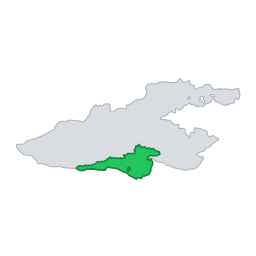 Chuy highlighted on a map of Kyrgyzstan, rotated 182°
{"feature_id": "KGZ-1116", "entity_name": "Chuy", "entity_type": "Region", "adm_level": 1, "iso_a3": "KGZ", "parent_name": "Kyrgyzstan", "parent_adm1": "", "projection": "natural_earth1", "projection_center": [74.767, 42.563], "detail": "fine", "context": "in_parent", "style": "filled", "palette": "green", "viewbox_px": 256, "rotation_deg": 182, "n_neighbors": 0, "source": "natural_earth", "source_scale": "10m", "svg_char_len": 8426}
<svg xmlns="http://www.w3.org/2000/svg" viewBox="0 0 256 256"><g transform="rotate(182 128 128)"><path d="M52.2,153.1L52.9,152.7L55.0,152.3L59.3,151.9L60.7,152.2L63.6,153.8L65.8,153.6L66.2,153.9L67.0,155.3L70.2,153.2L72.4,152.6L73.6,150.5L76.0,148.0L78.0,147.6L78.1,148.0L78.5,148.4L80.5,149.0L81.2,148.3L81.5,147.4L80.8,146.0L80.8,145.4L81.5,144.5L84.8,145.8L85.5,145.8L87.1,145.1L88.5,143.7L89.0,142.7L95.8,139.2L96.3,138.6L96.2,138.2L93.4,137.4L92.1,137.8L90.9,137.8L90.2,137.3L86.7,137.1L85.9,136.8L83.7,134.3L80.8,132.7L79.4,132.8L77.8,133.5L77.2,133.2L77.1,130.8L76.8,129.4L75.8,129.1L74.6,129.7L71.1,128.9L70.7,126.0L69.4,123.4L67.6,122.3L67.5,120.8L66.9,120.1L66.3,120.3L65.6,121.1L65.9,122.8L65.7,124.5L65.2,125.4L64.4,126.0L63.5,126.0L61.9,125.2L61.6,130.4L61.3,130.7L59.4,130.0L57.9,130.3L55.6,130.0L53.9,129.1L50.6,128.1L49.1,127.2L48.1,123.7L47.2,122.5L46.4,122.2L42.9,123.4L39.3,121.3L37.5,120.8L37.0,120.2L37.1,119.4L42.7,115.5L44.9,112.8L46.2,111.7L49.7,110.5L50.5,108.1L50.8,107.8L54.4,106.6L58.3,104.5L58.4,103.9L58.0,103.4L54.5,101.4L52.7,102.3L51.7,101.2L51.7,100.0L52.9,98.0L53.9,97.0L54.3,95.1L55.8,93.8L57.3,91.7L59.1,90.1L62.4,88.8L64.2,89.2L66.0,88.9L68.6,87.9L70.3,87.9L77.2,89.4L79.4,89.5L84.8,91.5L88.9,92.5L91.0,94.4L97.7,95.3L99.5,95.9L100.2,96.8L102.1,98.0L103.7,98.3L102.3,93.6L102.9,90.8L105.0,83.3L106.1,82.2L111.6,80.0L112.9,78.5L116.8,78.5L117.6,78.2L118.1,77.3L130.2,83.9L134.8,85.8L141.1,87.5L146.5,88.0L147.4,87.6L149.6,85.1L150.6,84.9L163.9,85.4L173.5,84.0L174.8,84.1L178.4,85.6L189.7,86.0L194.1,87.0L201.2,86.6L204.1,86.8L209.5,88.6L211.4,89.0L214.9,89.3L216.2,89.0L217.0,89.4L217.8,91.8L221.1,94.8L222.3,96.4L223.6,97.0L229.9,97.5L232.2,98.2L238.1,103.8L238.9,107.1L238.3,107.8L232.2,108.2L230.8,108.7L229.4,111.1L221.2,114.1L220.0,114.0L209.0,119.7L201.4,124.4L201.1,126.7L196.7,131.9L193.4,132.5L190.5,132.4L185.8,134.0L179.8,133.5L177.8,133.5L173.8,132.8L172.3,133.2L170.6,134.3L168.3,138.4L167.3,139.4L166.9,140.3L166.6,142.4L165.7,144.5L163.7,147.7L162.1,149.3L160.5,150.2L159.3,148.2L157.2,149.6L155.3,149.3L154.1,149.7L151.5,151.4L147.5,151.4L147.1,150.8L146.3,146.0L145.6,143.8L145.1,143.3L144.4,143.2L138.7,147.0L136.1,147.6L134.0,147.7L131.2,146.6L130.5,146.9L130.1,147.5L129.9,148.3L130.7,150.4L130.4,150.8L129.2,150.8L127.4,151.3L122.0,155.6L118.6,156.8L115.4,157.2L113.5,158.0L112.4,159.7L110.3,164.2L110.4,165.1L111.3,166.4L111.9,169.1L111.7,169.8L110.0,172.1L107.9,172.7L106.2,173.1L102.9,172.8L101.2,173.2L98.1,175.0L95.6,175.3L90.8,175.3L86.0,174.7L84.5,174.9L80.3,175.9L78.9,177.5L78.1,179.0L77.7,179.2L76.0,177.9L73.9,175.5L72.9,175.6L69.1,177.5L68.6,177.4L67.5,176.7L67.7,173.7L66.5,173.1L63.9,173.0L63.0,172.3L63.3,170.4L63.1,169.7L62.4,169.2L61.1,169.3L58.4,170.9L55.2,171.4L54.2,172.0L52.9,174.0L48.7,174.5L47.4,174.0L44.9,170.2L42.8,169.6L40.5,169.7L37.6,170.7L36.8,169.9L36.1,169.7L35.4,170.3L31.7,170.4L28.0,170.4L25.9,169.9L24.5,169.9L21.7,171.0L18.4,171.2L18.1,167.6L17.1,165.2L18.2,161.2L18.8,159.9L21.3,161.4L22.2,161.2L22.4,160.4L22.1,158.6L23.3,156.7L32.2,154.0L41.9,157.9L43.2,160.4L44.0,160.3L45.4,159.1L45.8,157.0L47.8,155.8L52.0,154.4L52.2,153.1ZM57.1,161.8L57.3,161.5L56.6,159.6L57.6,157.9L55.7,157.6L54.7,157.1L53.5,155.3L53.2,155.3L52.6,155.7L52.2,156.9L52.5,158.1L53.9,159.3L53.2,161.8L56.1,162.1L57.1,161.8ZM46.9,163.5L46.8,163.0L46.2,162.8L42.5,162.1L42.6,162.6L44.0,164.4L45.1,164.5L46.9,163.5ZM68.8,160.4L69.0,159.2L66.8,159.9L66.5,160.5L67.3,161.2L68.2,161.5L68.8,160.4Z" fill="#d9dde1" stroke="#a8b0b8" stroke-width="1"/><path d="M117.5,76.8L118.0,77.1L119.0,77.9L119.6,78.2L120.3,78.3L120.8,78.6L121.9,79.4L122.3,79.6L123.1,79.6L123.8,80.1L124.6,80.3L125.0,80.5L125.3,80.8L125.8,81.6L126.1,81.9L128.1,83.4L128.8,83.6L131.1,84.0L132.8,84.8L133.4,85.2L133.9,85.5L135.1,85.8L135.7,86.1L136.2,86.5L137.4,87.2L137.9,87.3L139.2,87.3L143.7,87.8L144.5,87.7L144.9,87.8L146.2,88.3L146.7,88.3L147.3,88.0L147.9,87.6L148.3,87.2L148.5,86.9L149.2,85.2L149.4,85.1L149.7,85.0L149.9,85.0L150.9,84.9L151.7,85.0L153.3,85.4L153.7,85.4L155.1,85.0L155.6,85.0L157.0,85.4L158.8,85.4L160.6,85.8L160.8,85.8L161.2,85.6L161.4,85.6L161.6,85.8L161.8,86.2L162.0,86.3L162.4,86.2L163.0,85.6L163.4,85.5L163.9,85.5L164.9,85.9L165.4,86.0L165.9,85.9L166.6,85.6L167.5,85.6L167.9,85.5L168.6,85.2L168.8,85.0L168.8,84.9L169.3,84.9L169.6,84.8L170.0,84.3L170.4,84.1L170.8,84.0L171.7,84.0L172.5,83.7L172.8,83.7L173.2,83.8L175.5,84.2L176.2,84.4L176.4,84.6L177.0,85.3L177.3,85.6L177.6,85.6L177.9,85.6L178.2,86.3L178.1,86.5L177.9,86.7L177.5,86.6L177.4,86.6L177.2,86.8L176.7,87.3L176.6,87.5L176.5,87.9L176.4,88.1L176.2,88.2L175.7,88.4L175.3,88.5L170.6,88.4L170.3,88.4L170.2,88.5L170.1,88.8L170.0,89.0L169.9,89.1L169.8,89.3L169.7,89.3L168.9,89.3L168.0,88.9L167.8,88.9L167.6,88.9L166.6,89.4L166.3,89.5L166.1,89.5L165.4,89.3L164.9,89.3L163.6,89.0L163.4,89.0L163.2,89.2L162.8,90.0L162.7,90.1L161.1,90.4L159.7,91.0L159.3,91.3L158.9,91.6L157.8,92.8L157.6,92.9L157.2,93.3L156.8,93.4L156.6,93.4L156.3,93.3L155.9,93.1L155.5,93.1L152.7,93.7L152.3,93.8L150.8,93.6L150.5,93.7L150.4,93.8L150.2,94.2L150.1,94.3L149.9,94.4L149.4,94.7L149.1,94.8L148.6,95.2L148.4,95.3L148.1,95.3L147.9,95.4L147.7,95.5L147.7,96.0L147.6,96.3L147.3,96.5L146.6,97.0L146.2,97.1L146.1,97.3L145.9,97.5L144.8,98.2L144.5,98.3L144.4,98.2L144.5,97.6L144.4,97.4L144.3,97.2L144.2,97.1L143.7,97.2L142.3,97.6L142.0,97.6L141.8,97.6L141.0,97.2L140.9,97.2L140.7,97.3L139.9,97.6L139.7,97.6L136.7,97.5L135.8,97.3L135.7,97.3L135.2,97.6L134.5,97.9L134.0,97.2L133.8,97.2L133.6,97.1L133.4,97.3L133.1,97.5L130.2,97.9L130.0,98.0L130.4,98.9L131.3,100.3L131.4,100.6L131.5,100.9L131.4,101.0L131.2,101.0L130.6,100.8L128.9,100.9L128.5,101.1L127.8,102.1L127.3,102.8L127.2,102.8L127.0,102.7L126.9,102.5L126.9,102.4L126.3,102.3L122.7,102.8L122.5,102.7L122.4,102.7L122.2,102.6L121.4,102.5L120.9,102.5L120.7,102.5L120.6,102.8L120.2,104.9L120.2,105.2L120.3,105.5L120.8,105.6L121.0,105.7L121.1,105.9L121.1,106.0L120.8,106.2L120.7,106.4L120.4,106.7L120.3,106.8L120.2,107.0L120.1,107.4L120.1,107.5L120.2,108.0L120.1,108.4L119.6,108.9L119.4,109.1L119.4,109.3L119.4,109.5L119.4,109.9L119.3,110.1L119.2,110.3L118.8,110.5L118.6,110.5L118.4,110.4L118.2,110.3L118.1,110.2L117.9,110.2L117.2,110.6L117.0,110.8L116.9,110.9L116.9,111.1L116.8,111.7L116.7,111.9L116.6,112.0L116.4,111.9L116.3,111.7L116.2,111.6L116.2,111.4L116.3,110.9L116.4,110.7L116.2,110.4L115.6,110.6L115.4,110.6L115.1,110.5L114.9,110.5L114.8,110.4L114.7,110.2L114.5,109.8L114.4,109.7L114.2,109.6L114.1,109.4L113.9,109.0L113.9,108.9L113.7,108.7L112.9,109.3L112.5,109.4L112.2,109.4L109.8,109.6L109.5,108.6L109.3,108.2L109.0,108.1L108.8,108.0L108.4,108.0L108.2,107.9L108.1,108.0L107.5,108.2L107.4,108.3L107.2,108.5L106.8,108.8L106.5,108.8L106.3,108.8L104.5,108.1L104.2,108.1L103.9,108.1L103.3,108.3L103.0,108.3L102.4,108.0L102.2,108.0L102.0,107.9L101.4,108.1L101.1,107.5L101.1,107.2L100.9,107.0L100.7,106.9L100.3,106.7L100.1,106.6L99.9,106.5L99.5,106.5L99.4,106.4L99.1,106.2L98.9,106.1L98.0,105.9L97.0,105.6L96.7,105.5L96.3,105.5L96.2,105.5L96.2,105.4L96.0,105.1L96.3,104.7L96.3,104.4L96.2,104.3L95.4,104.1L95.2,103.8L95.2,103.7L95.4,102.8L95.4,102.6L95.6,102.4L95.8,102.4L96.4,102.4L96.7,102.3L96.9,102.2L97.2,101.9L97.3,101.7L97.9,101.5L98.4,101.4L98.7,101.3L99.1,101.2L99.4,101.2L99.8,101.2L100.0,101.3L100.3,101.4L100.6,101.3L101.4,101.0L101.7,101.0L102.2,100.9L103.0,101.0L103.7,101.4L104.0,101.4L104.4,101.3L105.6,100.8L105.9,100.6L106.5,99.9L106.6,99.5L106.7,99.3L107.0,98.9L107.5,98.4L107.6,98.2L107.7,97.7L107.4,97.2L107.1,97.2L106.5,97.2L106.3,97.2L106.1,97.2L105.8,97.0L105.8,96.9L105.7,96.8L105.6,96.7L105.5,96.3L105.4,96.2L105.2,96.4L105.1,96.6L105.1,96.9L105.1,97.1L105.1,97.3L105.0,97.6L104.5,98.0L103.9,97.9L102.5,95.3L102.2,94.5L102.1,93.7L102.1,92.8L102.3,91.9L103.4,89.6L103.9,88.6L104.0,88.2L104.0,87.7L103.7,86.9L103.7,86.4L103.7,86.0L103.9,85.7L104.3,85.0L105.1,82.9L105.3,82.6L105.6,82.3L106.6,81.8L110.0,80.5L110.3,80.4L111.2,80.5L111.9,80.1L112.6,78.4L113.2,77.9L113.6,78.0L114.3,78.7L114.7,78.8L117.8,78.4L118.1,78.3L118.2,77.9L118.0,77.5L117.5,76.8ZM126.4,88.3L126.6,88.3L126.7,88.2L126.6,87.9L126.6,87.6L126.7,87.3L126.9,87.1L127.0,86.9L127.3,86.7L127.2,86.5L127.1,86.4L126.9,86.1L126.6,85.8L126.4,85.4L126.3,85.0L126.2,84.9L126.1,85.0L125.9,85.4L125.7,85.7L125.3,86.0L124.2,86.2L123.9,86.5L124.1,86.9L124.9,87.6L125.2,87.7L125.3,88.0L125.2,88.3L125.2,88.6L125.3,88.8L125.5,88.9L125.9,88.5L126.1,88.2L126.4,88.3Z" fill="#22c55e" stroke="#15803d" stroke-width="1.5"/></g></svg>